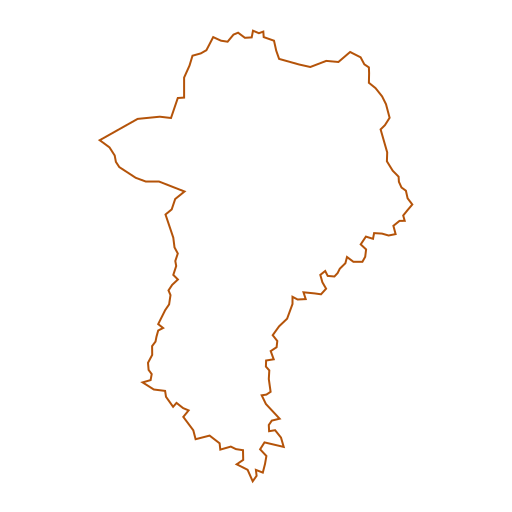 outline of Ciríaco, Rio Grande do Sul, Brazil
{"feature_id": "56859067B13253078936111", "entity_name": "Ciríaco", "entity_type": "district", "adm_level": 2, "iso_a3": "BRA", "parent_name": "Brazil", "parent_adm1": "Rio Grande do Sul", "projection": "albers", "projection_center": [-51.915, -28.368], "detail": "fine", "context": "isolated", "style": "outline", "palette": "amber", "viewbox_px": 512, "rotation_deg": 0, "n_neighbors": 0, "source": "geoboundaries", "source_scale": "gbopen_adm2", "svg_char_len": 2120}
<svg xmlns="http://www.w3.org/2000/svg" viewBox="0 0 512 512"><path d="M99.7,140.2L109.5,147.4L114.7,155.5L115.9,161.9L119.3,167.1L135.7,177.8L145.7,181.5L158.9,181.5L184.5,191.5L175.2,199.0L171.7,209.4L165.5,214.5L173.3,237.7L174.5,247.4L177.8,253.5L175.3,261.0L176.2,266.0L173.3,274.9L177.9,279.5L172.2,284.8L168.5,290.4L170.5,295.1L169.1,304.4L165.2,310.1L158.2,324.1L163.1,328.0L158.2,330.5L156.5,336.6L155.5,341.6L152.1,346.1L152.2,354.9L148.0,362.8L148.6,369.9L151.7,374.1L150.6,380.1L142.6,382.4L153.8,389.5L165.1,390.9L166.0,396.8L173.1,406.8L176.5,402.9L183.1,408.1L188.6,410.4L183.3,416.9L193.3,430.3L195.6,439.2L203.4,437.2L209.6,435.6L219.6,443.3L220.3,449.6L230.8,446.6L235.9,449.1L243.0,450.2L243.2,459.9L236.7,464.3L247.6,469.8L252.7,481.3L256.6,475.8L255.9,469.9L262.8,472.6L265.0,464.0L266.4,456.0L260.1,449.3L264.5,442.4L283.7,446.9L281.0,437.6L275.1,430.2L269.1,431.2L268.8,425.0L271.8,420.6L279.6,418.7L265.9,404.0L261.7,395.3L266.4,394.6L270.6,391.8L268.8,379.0L269.3,370.4L265.9,366.6L266.1,360.5L273.7,359.3L270.7,351.1L276.6,347.2L277.3,341.0L272.7,335.2L279.1,326.3L287.1,318.7L292.5,304.0L292.5,296.8L297.6,299.5L305.7,299.1L303.5,292.3L314.6,293.4L321.0,294.3L326.1,288.7L322.4,282.3L320.3,274.9L325.2,271.0L327.7,275.9L334.4,276.5L337.6,273.1L339.8,268.7L345.4,263.2L347.0,257.0L353.4,261.8L362.4,261.8L365.2,256.8L366.1,249.4L360.7,244.4L365.9,236.6L373.0,238.8L374.1,233.1L382.0,233.6L388.6,235.5L395.6,234.1L393.4,225.8L399.5,220.9L404.7,220.8L403.2,215.5L407.4,210.3L412.3,204.5L407.6,198.3L405.9,190.7L401.5,187.5L398.9,181.8L398.6,176.7L392.7,170.7L386.9,161.3L387.2,152.4L380.6,129.4L384.9,125.2L389.6,117.8L386.0,104.2L382.1,96.4L375.5,88.1L368.9,82.8L369.1,73.2L368.9,67.4L364.3,64.3L360.6,57.3L350.1,52.0L338.4,62.0L326.2,60.9L310.3,67.0L299.1,64.5L279.1,58.9L276.2,50.6L274.0,40.7L263.7,37.1L263.3,31.6L258.9,33.2L253.0,30.7L251.7,37.4L244.9,37.8L238.1,32.7L233.5,34.6L227.6,41.7L221.0,40.7L213.2,37.1L206.4,50.2L200.8,53.4L192.5,55.7L189.5,65.6L184.1,77.6L184.1,97.6L177.8,98.0L171.0,118.0L159.8,116.7L137.6,118.9L99.7,140.2Z" fill="none" stroke="#b45309" stroke-width="2"/></svg>